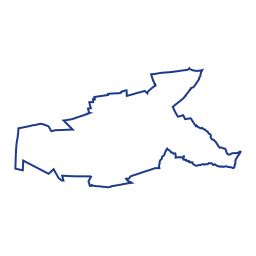 Atitalaquia, Hidalgo, Mexico
{"feature_id": "50627088B26286017381261", "entity_name": "Atitalaquia", "entity_type": "district", "adm_level": 2, "iso_a3": "MEX", "parent_name": "Mexico", "parent_adm1": "Hidalgo", "projection": "albers", "projection_center": [-99.201, 20.06], "detail": "fine", "context": "isolated", "style": "outline", "palette": "blue", "viewbox_px": 256, "rotation_deg": 0, "n_neighbors": 0, "source": "geoboundaries", "source_scale": "gbopen_adm2", "svg_char_len": 5725}
<svg xmlns="http://www.w3.org/2000/svg" viewBox="0 0 256 256"><path d="M63.6,120.5L66.5,123.4L71.2,128.1L72.7,129.6L70.4,129.6L62.5,130.0L55.2,130.2L51.6,131.2L51.2,131.0L50.7,130.1L50.1,129.1L48.8,126.7L47.7,125.9L44.6,124.8L41.4,123.8L40.9,123.9L40.0,123.9L39.0,124.0L38.4,124.4L38.2,124.3L34.5,125.1L34.1,125.2L33.7,125.1L31.0,125.7L28.9,126.2L27.1,126.6L18.8,128.3L18.4,128.3L18.4,129.2L18.5,129.1L17.5,138.6L17.2,139.5L16.6,143.3L16.2,147.7L15.8,155.3L15.4,168.7L22.8,170.3L23.2,160.6L48.6,173.8L53.6,169.2L58.5,177.9L61.1,180.2L61.4,180.3L61.5,180.4L63.4,180.6L62.2,175.7L70.0,176.1L75.2,176.3L76.8,176.3L80.5,176.3L88.8,176.4L89.3,176.4L90.1,176.3L91.0,176.8L90.6,177.4L90.2,178.3L88.7,180.9L88.5,181.3L89.6,184.9L89.8,185.9L90.5,185.9L91.5,185.9L91.7,185.1L92.5,185.4L93.0,185.6L95.0,186.0L96.3,186.2L99.0,186.3L99.7,186.4L108.2,187.3L111.4,186.5L111.5,186.3L111.8,186.1L112.3,186.0L113.3,186.0L115.7,185.5L118.3,185.1L119.5,184.8L120.1,184.8L120.3,184.8L122.9,184.2L128.0,183.3L128.5,183.2L128.8,183.2L129.1,183.1L130.6,183.0L131.8,182.8L131.3,182.5L130.7,182.2L130.1,181.9L129.5,181.8L129.1,181.5L128.4,181.3L128.2,181.1L127.8,180.6L126.9,179.9L126.1,178.7L126.5,178.6L126.9,178.6L127.2,178.9L127.3,178.9L129.1,178.5L130.3,176.6L130.9,176.2L140.2,173.1L145.5,171.3L148.2,170.5L155.4,168.1L159.3,168.1L159.2,167.7L159.1,166.9L159.0,165.9L159.1,165.2L159.6,163.6L159.7,163.2L159.6,162.7L159.6,162.3L159.7,161.6L160.3,160.2L161.3,159.3L161.8,158.5L162.0,157.7L162.0,156.9L162.3,156.5L162.9,156.2L163.8,155.5L163.9,155.4L164.8,153.6L164.9,152.5L166.0,150.7L166.5,149.4L167.2,148.6L168.2,149.9L169.5,150.3L170.6,151.7L171.3,152.6L172.4,152.5L173.5,153.7L175.2,153.4L175.7,155.1L175.6,157.6L178.6,157.2L179.9,157.1L180.0,157.3L180.7,157.2L181.3,157.4L182.2,157.6L182.9,158.2L183.2,158.4L183.3,158.6L183.4,158.4L183.4,157.4L183.5,156.3L183.9,156.3L183.4,159.4L183.5,159.6L186.3,160.0L186.2,160.7L189.1,161.2L189.0,161.9L190.4,162.1L190.4,162.5L192.5,162.4L193.0,164.0L195.4,165.5L196.0,165.8L196.8,165.7L198.9,165.0L200.1,165.2L200.8,164.8L201.2,164.7L201.6,164.5L202.5,164.2L203.2,164.2L203.4,164.3L203.6,164.3L203.8,164.5L204.0,164.6L204.3,164.3L204.5,164.3L205.2,164.2L205.5,164.2L206.7,164.3L207.2,164.3L207.9,164.1L208.2,163.6L208.7,163.2L209.0,163.1L209.4,163.2L209.7,163.3L210.2,163.3L211.0,163.3L211.5,163.2L211.7,163.3L211.9,163.5L212.2,163.7L212.5,164.2L212.8,164.7L212.9,164.8L213.7,164.9L213.9,164.9L214.1,164.8L214.2,164.7L214.3,164.6L214.5,164.4L214.8,164.4L215.3,164.5L215.5,164.7L215.7,164.9L216.3,165.3L216.6,165.6L216.8,165.7L217.3,166.0L217.8,166.0L218.3,166.2L218.8,166.5L219.1,166.6L219.3,166.5L220.0,166.4L220.4,166.7L221.0,166.7L221.4,166.5L221.6,166.5L221.9,166.4L222.5,166.8L223.4,166.8L223.8,166.8L224.2,166.6L224.5,166.6L225.1,166.5L225.4,166.5L225.6,166.4L226.1,166.3L227.1,166.6L227.5,166.8L228.2,166.9L229.2,167.1L230.0,167.2L230.6,167.1L233.0,168.1L233.5,168.1L234.0,167.3L234.6,166.7L234.5,165.5L234.8,164.6L235.4,163.8L235.2,163.0L235.4,162.1L235.4,161.4L235.4,160.6L236.1,159.0L236.7,157.9L237.4,156.6L238.3,155.5L238.9,154.6L239.6,153.7L240.3,152.6L240.5,151.7L240.6,150.9L240.2,151.5L238.8,152.2L238.0,152.9L236.7,153.1L235.5,153.1L233.6,153.1L232.0,153.3L230.4,154.3L229.4,154.6L229.2,154.6L228.1,154.5L227.6,154.0L227.0,153.2L226.3,151.8L226.0,150.6L225.7,149.7L225.1,148.7L224.0,148.5L222.6,148.1L221.9,147.7L221.3,147.5L220.2,147.6L219.7,147.7L219.4,147.3L219.0,146.7L218.5,146.4L218.2,146.1L217.9,145.5L217.8,145.0L217.6,144.6L217.3,144.2L216.9,143.9L216.6,143.6L216.4,142.7L216.0,142.3L215.7,141.9L215.3,141.6L214.4,140.5L214.0,140.2L213.6,139.8L213.2,139.7L212.8,139.7L212.4,139.6L211.9,139.2L211.7,138.9L211.1,138.1L210.8,137.6L210.6,136.8L210.9,136.1L210.9,135.6L210.7,134.9L210.6,134.7L210.3,134.5L210.1,134.2L209.4,133.9L208.5,133.2L207.8,132.1L207.8,131.8L205.1,130.0L205.1,129.7L204.9,129.5L204.3,129.5L203.3,128.8L202.6,128.3L202.2,127.9L201.7,128.4L200.8,128.2L199.6,127.8L199.3,127.5L198.8,127.4L198.1,127.1L196.6,125.5L196.0,126.2L195.6,125.7L193.8,123.1L193.2,122.1L192.9,121.7L191.7,119.8L190.7,118.3L190.3,118.4L190.0,118.4L189.4,118.5L188.9,118.5L187.2,118.8L186.9,118.9L186.1,119.0L185.5,119.1L185.1,119.1L183.2,115.3L182.8,115.2L182.6,115.5L182.4,115.5L180.4,116.1L179.9,116.2L178.3,116.6L177.8,116.6L175.8,113.1L174.0,109.8L174.1,109.6L172.7,106.9L173.6,106.1L180.7,100.5L183.5,98.2L183.8,97.9L183.9,97.7L185.3,95.9L185.8,95.7L185.7,95.3L186.9,93.8L187.5,93.0L187.8,92.7L189.3,90.7L189.8,90.2L189.7,90.1L191.0,88.6L190.8,88.3L193.8,86.9L194.6,85.8L195.2,84.8L195.6,84.4L196.9,82.3L197.0,82.3L197.8,81.1L199.1,79.1L198.9,78.7L199.0,78.3L199.2,77.8L199.7,77.1L200.2,76.2L200.7,73.8L201.1,72.1L201.7,71.2L202.2,70.1L200.4,70.6L197.4,70.9L196.4,70.9L195.6,70.8L193.8,70.5L192.1,70.1L190.9,69.5L190.3,69.2L190.0,69.2L189.6,69.0L188.9,68.8L188.9,68.7L188.1,69.5L187.7,69.7L187.0,69.9L186.3,70.0L180.8,70.7L177.5,71.2L174.5,71.6L170.9,72.1L167.0,72.4L162.7,72.7L159.5,73.1L154.7,74.0L153.1,74.1L151.8,74.2L151.1,74.3L153.3,81.1L153.6,81.1L154.6,84.1L155.1,84.0L155.6,85.6L152.7,87.3L151.2,88.7L149.6,90.0L148.2,91.3L147.8,91.8L147.4,93.3L145.6,91.7L144.7,90.9L140.0,92.3L139.9,92.3L138.2,92.7L136.7,93.1L132.3,94.4L126.8,95.9L126.7,95.3L126.8,94.9L126.7,93.2L126.6,91.2L126.5,90.3L123.6,91.0L122.6,91.3L121.3,91.7L121.2,92.1L121.2,92.7L119.5,93.1L117.8,93.3L113.9,93.4L111.4,93.6L108.4,93.8L108.1,93.9L108.2,94.2L108.3,94.5L108.2,94.9L108.1,95.0L99.7,96.2L94.4,97.0L94.8,98.7L93.8,98.8L93.7,98.8L94.2,99.6L93.1,99.8L93.2,100.0L93.1,102.1L89.3,102.2L89.7,104.0L90.0,105.5L90.8,108.2L88.0,108.5L88.4,110.0L88.7,111.3L89.0,112.7L89.8,112.9L87.4,113.7L87.5,113.9L77.5,117.3L75.4,118.0L72.4,119.1L65.4,120.3L63.6,120.5Z" fill="none" stroke="#1e3a8a" stroke-width="2"/></svg>